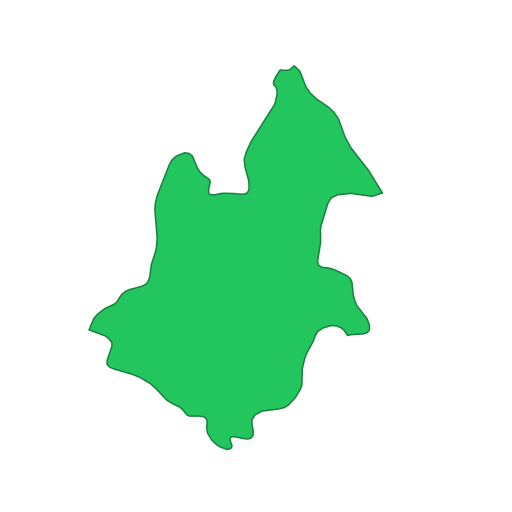 SVG path tracing the border of Bordj Bou Arréridj, rotated 110°
{"feature_id": "DZA-2207", "entity_name": "Bordj Bou Arréridj", "entity_type": "Province", "adm_level": 1, "iso_a3": "DZA", "parent_name": "Algeria", "parent_adm1": "", "projection": "natural_earth1", "projection_center": [4.728, 36.101], "detail": "fine", "context": "isolated", "style": "filled", "palette": "green", "viewbox_px": 512, "rotation_deg": 110, "n_neighbors": 0, "source": "natural_earth", "source_scale": "10m", "svg_char_len": 2177}
<svg xmlns="http://www.w3.org/2000/svg" viewBox="0 0 512 512"><g transform="rotate(110 256 256)"><path d="M299.3,142.7L295.4,148.3L294.4,151.4L294.1,156.2L295.6,161.4L300.3,168.0L305.9,172.3L311.5,173.1L316.4,173.0L330.9,175.2L336.1,175.1L346.0,174.0L361.4,168.8L364.2,168.6L366.6,168.8L375.9,170.7L385.1,174.6L388.7,177.5L392.0,182.5L399.7,197.3L405.6,202.6L411.7,203.8L417.0,201.5L421.7,198.5L426.1,197.3L429.4,198.9L431.1,202.0L432.2,207.3L432.8,212.7L434.1,217.1L436.7,218.0L439.2,216.4L442.7,213.5L445.6,213.8L447.6,216.8L447.8,223.6L446.9,228.3L444.3,234.3L438.9,241.1L433.5,243.9L428.6,245.1L426.0,247.0L424.9,250.2L426.1,255.4L429.2,263.6L428.9,266.8L425.5,272.3L424.1,275.9L423.3,283.6L422.0,290.4L414.9,304.6L412.1,311.6L409.8,323.3L409.5,332.8L410.7,349.7L410.6,355.3L408.8,358.9L404.8,360.2L390.0,360.5L386.5,361.9L383.9,366.4L382.7,369.9L382.5,387.6L370.1,387.0L364.5,384.8L356.9,379.9L349.8,372.8L346.6,370.9L341.6,370.0L337.8,368.9L333.7,366.4L331.0,363.6L323.6,353.0L320.5,350.1L317.0,348.6L311.5,348.8L299.8,351.4L286.7,351.9L282.0,352.5L272.4,355.2L247.1,366.9L240.1,368.8L233.2,369.5L199.9,368.7L194.5,367.8L189.5,365.2L183.5,358.5L182.5,354.1L183.8,350.0L193.7,340.8L196.5,336.9L198.2,332.8L199.8,326.5L200.8,325.1L202.5,324.2L209.1,323.4L212.6,322.3L213.9,320.6L213.6,318.1L212.3,315.3L209.1,310.1L207.6,306.5L205.1,299.0L203.3,292.0L202.3,289.2L200.7,286.6L198.6,285.5L194.8,285.6L188.2,288.3L175.9,296.9L169.1,300.2L160.9,300.7L149.8,299.7L107.0,290.3L96.9,291.4L92.4,293.3L90.1,295.4L89.6,297.1L89.2,297.6L88.0,298.6L85.6,299.1L81.2,298.8L73.2,297.0L72.7,296.5L71.9,292.8L70.8,290.2L69.3,287.9L64.2,285.2L67.2,278.3L69.4,276.1L79.4,267.5L84.0,261.4L87.6,253.4L91.4,238.7L94.4,231.7L99.1,225.3L114.4,212.4L121.7,204.0L137.2,179.4L153.5,158.7L160.2,167.2L164.7,188.2L170.5,200.1L175.5,205.1L182.3,206.5L204.3,205.3L209.3,204.4L220.9,200.0L240.0,196.3L243.2,194.1L244.1,190.0L242.9,185.5L242.1,180.8L242.2,175.2L243.6,163.3L245.1,159.5L247.8,156.9L259.0,151.5L264.1,148.0L268.1,144.3L277.0,130.1L281.9,126.0L285.2,124.5L288.2,124.4L290.5,125.8L292.4,128.4L297.3,139.5L297.9,140.6L299.3,142.7Z" fill="#22c55e" stroke="#15803d" stroke-width="1.5"/></g></svg>